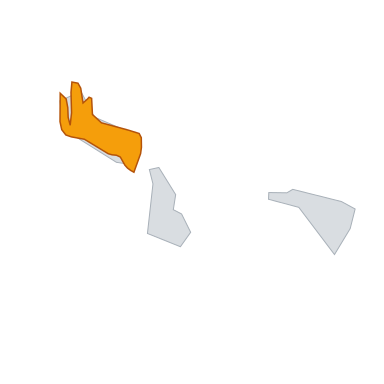 Middle Caicos on a map of Turks and Caicos Islands (Natural Earth projection), rotated 203°
{"feature_id": "TCA-5003", "entity_name": "Middle Caicos", "entity_type": "state/province", "adm_level": 1, "iso_a3": "TCA", "parent_name": "Turks and Caicos Islands", "parent_adm1": "", "projection": "natural_earth1", "projection_center": [-71.735, 21.8], "detail": "fine", "context": "in_parent", "style": "filled", "palette": "amber", "viewbox_px": 384, "rotation_deg": 203, "n_neighbors": 0, "source": "natural_earth", "source_scale": "10m", "svg_char_len": 997}
<svg xmlns="http://www.w3.org/2000/svg" viewBox="0 0 384 384"><g transform="rotate(203 192 192)"><path d="M338.2,236.2L336.4,243.5L311.1,222.8L262.2,222.6L254.5,194.4L273.2,189.8L335.1,199.7L349.2,224.3L338.2,236.2ZM36.4,190.1L87.7,219.6L118.7,215.2L121.1,221.5L104.4,228.3L100.3,233.8L50.7,241.6L35.2,240.1L32.1,220.1L36.4,190.1ZM240.0,196.0L232.1,201.6L206.0,183.2L202.3,168.4L193.0,167.7L177.5,154.4L181.3,137.1L216.8,136.4L231.1,184.2L240.0,196.0Z" fill="#d9dde1" stroke="#a8b0b8" stroke-width="1"/><path d="M274.6,224.1L263.5,225.2L259.9,222.2L256.0,213.4L254.3,207.2L253.2,187.5L256.9,187.9L260.7,188.8L264.3,190.5L271.7,196.2L276.0,196.3L280.1,195.0L284.1,194.5L311.7,198.5L324.6,195.6L330.4,195.2L336.3,198.5L341.0,205.2L351.9,231.4L344.2,228.5L339.3,221.1L335.2,212.4L330.2,205.8L333.8,217.8L342.3,236.4L345.5,246.3L339.5,247.6L335.0,244.1L327.1,231.4L324.5,236.8L323.8,239.0L321.0,239.0L313.9,224.4L302.4,220.3L274.6,224.1Z" fill="#f59e0b" stroke="#b45309" stroke-width="1.5"/></g></svg>